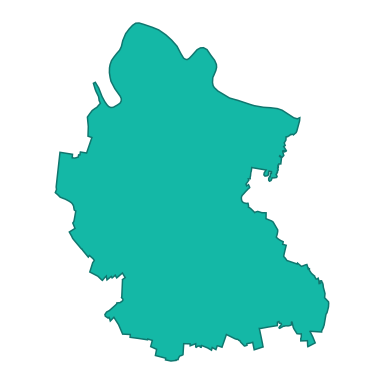 the district of Bac Ninh, Bắc Ninh, Vietnam
{"feature_id": "81297802B63234506717185", "entity_name": "Bac Ninh", "entity_type": "district", "adm_level": 2, "iso_a3": "VNM", "parent_name": "Vietnam", "parent_adm1": "Bắc Ninh", "projection": "equal_earth", "projection_center": [106.088, 21.175], "detail": "fine", "context": "isolated", "style": "filled", "palette": "teal", "viewbox_px": 384, "rotation_deg": 0, "n_neighbors": 0, "source": "geoboundaries", "source_scale": "gbopen_adm2", "svg_char_len": 5984}
<svg xmlns="http://www.w3.org/2000/svg" viewBox="0 0 384 384"><path d="M299.8,117.7L297.3,118.8L293.8,117.8L282.1,110.2L277.4,108.6L270.2,107.7L263.5,107.3L254.3,105.7L250.3,104.5L238.9,100.7L229.5,98.0L224.2,94.8L218.0,91.1L214.3,87.6L213.1,85.6L212.6,83.1L212.5,82.2L212.8,77.5L213.9,75.1L215.8,70.6L216.6,67.3L216.4,64.5L214.6,60.3L210.9,55.4L207.0,49.6L203.5,47.7L200.4,47.9L197.1,49.7L192.0,55.5L189.2,58.4L187.1,59.6L185.5,59.3L183.6,58.2L180.9,53.7L177.0,46.2L171.7,40.2L165.9,34.9L158.7,29.9L152.6,27.4L143.8,24.4L139.1,23.0L135.7,23.2L132.6,25.3L129.3,28.8L125.7,33.6L122.8,40.5L121.4,46.5L119.7,50.1L116.9,53.3L114.0,57.0L111.5,60.6L110.1,64.6L109.5,67.9L109.4,72.7L110.1,77.3L111.0,81.3L114.8,88.6L120.2,96.2L121.3,98.7L121.2,101.1L120.0,103.2L117.4,105.0L113.3,107.3L110.8,107.5L108.7,106.6L106.9,104.7L104.6,101.4L102.0,96.5L98.7,88.0L95.3,82.3L93.4,83.3L95.3,89.6L96.1,91.6L98.5,96.5L98.9,98.5L99.1,100.4L100.4,103.3L96.7,107.5L95.4,108.2L92.2,110.5L89.5,114.1L87.4,117.1L88.3,126.5L88.0,136.2L91.9,137.5L86.6,153.0L80.4,152.0L79.9,154.9L78.6,154.9L78.2,157.1L74.9,158.1L72.2,157.8L72.5,154.3L60.0,152.3L57.3,176.6L56.2,186.6L56.2,187.3L56.4,188.6L56.5,189.6L55.3,192.6L55.5,192.8L57.7,194.7L60.2,197.2L63.0,198.3L65.4,199.2L69.5,201.4L71.7,203.0L72.8,204.5L73.6,206.2L74.1,209.4L74.4,210.2L75.8,211.0L74.3,219.4L73.8,221.6L72.8,223.0L75.0,228.4L69.3,232.0L71.3,235.6L72.0,236.8L72.2,237.5L72.7,238.4L73.5,239.5L81.3,248.8L81.4,248.7L81.9,248.9L82.7,250.3L88.3,257.1L89.4,255.5L90.6,256.5L92.4,258.1L92.7,258.4L92.9,258.4L94.3,260.5L92.7,262.7L89.8,272.0L97.9,276.2L101.7,279.9L102.4,280.4L104.8,277.5L106.3,276.1L106.3,276.6L107.0,279.9L111.2,276.4L112.1,277.9L114.3,276.1L115.2,275.2L116.7,277.9L122.4,273.0L125.2,277.6L122.4,279.6L122.5,280.0L121.8,296.7L121.5,297.6L122.7,298.8L122.9,299.2L122.9,299.9L122.7,300.6L121.9,301.4L121.2,301.6L120.7,302.4L119.8,302.7L118.8,302.7L117.6,302.9L117.0,302.8L116.7,303.9L115.3,305.3L109.3,310.6L109.1,310.7L106.6,312.0L104.9,314.5L105.3,316.2L108.1,318.1L109.0,317.4L109.6,318.4L110.3,321.0L113.9,317.3L118.6,324.7L122.5,333.8L122.6,334.1L130.3,334.5L130.1,337.3L138.3,338.4L147.6,339.8L147.8,339.0L152.3,340.4L150.7,346.6L156.6,349.3L155.4,355.5L165.7,358.2L165.5,359.9L170.9,361.0L176.1,360.4L176.1,359.9L178.1,359.6L178.2,359.0L178.6,357.8L179.6,356.2L180.3,355.8L181.7,355.4L182.8,354.8L183.0,354.7L183.7,343.7L184.0,343.7L190.1,343.8L190.1,344.6L190.2,345.8L195.7,343.7L195.7,346.9L196.2,347.3L198.0,346.1L198.3,346.1L200.3,346.1L200.4,347.2L201.2,347.3L201.7,345.5L207.6,347.9L211.5,350.2L212.2,347.5L215.9,349.6L217.2,345.9L217.8,345.8L222.0,347.2L226.4,334.5L235.3,338.9L236.8,339.3L237.7,339.3L239.1,340.5L239.8,340.6L240.4,341.7L240.9,342.4L244.4,346.0L244.8,346.0L247.0,345.3L246.8,343.8L247.1,343.6L250.8,342.9L252.7,342.3L254.2,349.8L263.1,346.9L262.9,346.2L262.5,343.7L259.8,330.7L259.3,328.4L260.3,328.4L261.0,328.4L267.9,327.1L277.3,325.6L277.4,322.2L278.9,321.5L279.0,321.8L279.2,322.9L279.4,323.2L280.8,323.2L281.1,323.5L281.5,324.3L279.1,327.4L279.0,327.8L279.7,328.3L283.1,326.4L283.7,326.2L284.3,326.2L285.3,325.9L286.5,325.8L287.8,325.9L288.8,325.8L290.5,325.3L291.2,324.9L291.8,324.8L291.4,322.8L291.4,322.4L291.4,322.2L291.7,322.0L291.9,322.0L292.1,322.3L293.3,327.5L294.1,329.1L297.0,333.7L299.0,333.9L300.8,333.9L301.2,333.8L301.3,334.0L301.3,335.9L301.2,337.5L300.8,338.3L300.8,338.8L300.8,340.9L307.4,340.7L307.5,341.8L307.7,346.1L307.9,346.7L315.2,342.9L312.8,337.0L310.0,331.4L310.3,331.3L321.6,332.0L321.6,331.8L321.8,330.6L321.9,330.3L322.1,330.0L322.9,328.4L323.5,327.1L323.4,326.9L324.0,325.5L324.2,324.6L326.0,314.2L326.4,313.7L326.7,313.2L327.1,312.4L328.4,307.3L328.5,306.7L328.7,303.1L328.6,302.8L328.5,301.8L328.4,301.7L327.6,300.9L324.6,297.7L325.0,293.6L324.3,290.9L323.4,287.5L323.0,284.3L322.5,282.8L321.9,282.7L321.9,281.4L321.5,280.8L320.7,280.8L320.1,281.0L320.0,281.4L320.1,283.5L319.1,283.6L318.9,280.8L318.1,278.2L317.1,279.0L316.2,279.1L314.9,277.1L314.6,276.0L314.3,275.9L311.3,273.2L309.4,270.3L309.4,268.8L308.8,268.9L308.6,268.4L308.2,268.8L306.9,264.5L305.4,264.9L301.5,266.4L297.5,263.1L297.2,264.0L286.9,260.5L285.3,258.2L284.3,257.1L283.7,256.5L283.8,255.6L284.1,254.1L284.9,250.7L285.1,249.8L286.2,245.3L282.7,244.3L283.2,241.7L281.0,240.7L279.3,239.7L278.7,239.3L277.1,238.0L276.3,237.1L277.2,234.2L277.7,231.5L277.7,229.9L273.1,222.0L271.7,221.0L266.0,218.7L266.1,212.8L261.9,212.7L257.7,211.4L255.8,212.0L255.2,212.2L254.8,212.6L253.0,210.8L250.6,208.5L249.5,207.7L249.2,207.5L248.4,207.2L248.5,206.3L248.5,205.7L248.3,204.8L248.2,203.8L247.9,203.2L247.2,203.4L246.5,203.4L244.3,203.0L242.7,202.1L241.7,200.6L241.4,198.5L241.4,197.3L242.0,195.6L244.3,193.1L245.5,191.7L248.1,189.0L249.7,187.6L249.7,187.4L248.5,184.7L246.6,185.9L246.0,184.1L248.8,180.2L248.3,178.8L250.2,178.7L250.1,177.7L250.2,177.0L250.5,176.0L250.8,172.7L251.3,170.9L251.8,167.5L253.1,167.8L266.1,170.0L264.2,172.9L263.9,174.9L265.0,176.1L267.1,175.8L268.3,175.0L268.6,172.3L269.0,171.1L271.5,171.6L271.4,173.4L270.4,173.2L270.2,176.7L269.6,176.6L268.7,178.4L268.7,180.2L269.5,181.2L270.7,180.7L271.2,180.2L271.5,179.5L272.2,177.8L273.8,177.9L276.4,177.5L276.8,177.1L277.1,176.4L276.1,174.5L276.2,174.3L276.4,173.9L276.8,173.7L277.0,173.2L276.9,172.8L277.1,172.6L277.5,172.2L277.6,171.9L277.3,171.0L278.1,170.2L278.2,169.9L278.1,169.7L277.7,168.4L278.0,168.4L278.0,167.6L278.3,167.5L278.3,166.7L277.9,166.7L277.9,165.2L278.7,165.0L278.9,163.9L280.8,163.9L281.5,158.0L279.5,156.2L279.7,155.8L279.9,155.6L281.5,157.0L282.2,157.2L283.8,155.5L282.9,152.5L282.7,151.0L283.4,150.7L283.9,151.8L284.6,151.9L285.9,151.2L285.2,150.5L286.1,150.3L283.7,146.5L285.2,145.5L284.3,143.1L284.2,142.9L284.3,142.8L285.9,140.1L286.1,136.8L287.7,136.7L288.0,136.3L289.4,135.6L290.3,134.9L290.4,134.6L290.6,134.4L291.5,134.6L291.8,134.4L292.3,134.3L292.6,134.3L292.9,134.4L293.1,134.6L293.4,134.9L296.1,132.6L296.8,131.1L297.9,127.1L299.6,120.8L299.8,117.7Z" fill="#14b8a6" stroke="#0f766e" stroke-width="1.5"/></svg>